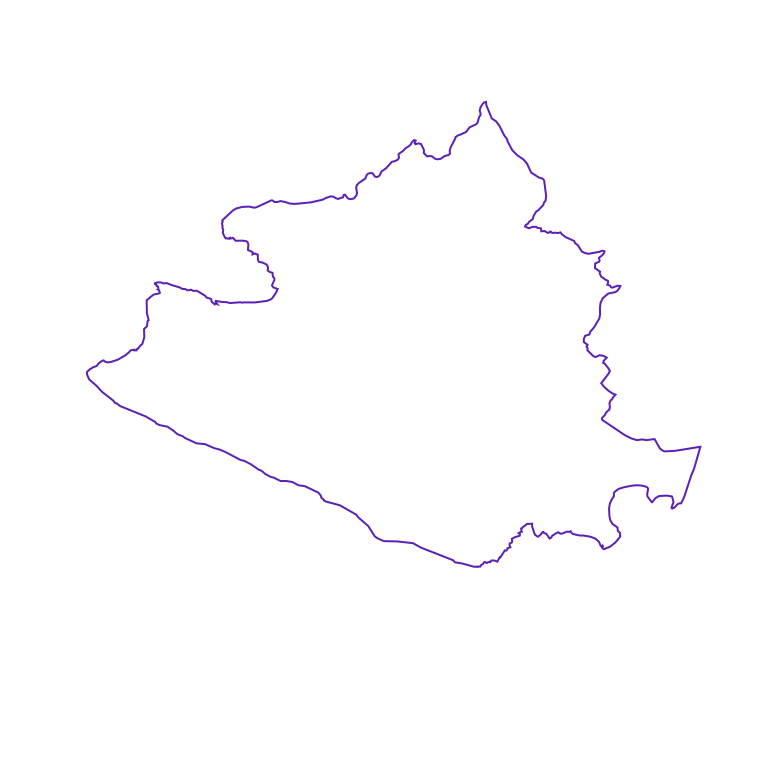 outline of Mahajanga II, Boeny, Madagascar, rotated 250°
{"feature_id": "10022922B51504984909978", "entity_name": "Mahajanga II", "entity_type": "district", "adm_level": 2, "iso_a3": "MDG", "parent_name": "Madagascar", "parent_adm1": "Boeny", "projection": "equal_earth", "projection_center": [46.72, -15.594], "detail": "fine", "context": "isolated", "style": "outline", "palette": "violet", "viewbox_px": 768, "rotation_deg": 250, "n_neighbors": 0, "source": "geoboundaries", "source_scale": "gbopen_adm2", "svg_char_len": 6166}
<svg xmlns="http://www.w3.org/2000/svg" viewBox="0 0 768 768"><g transform="rotate(250 384 384)"><path d="M187.8,476.4L188.8,479.5L190.5,482.1L190.4,483.2L189.2,483.4L187.8,485.3L182.2,486.8L182.3,488.3L183.9,490.3L185.1,496.0L184.9,497.3L183.9,497.7L182.5,499.6L182.7,505.2L181.7,507.8L181.8,508.9L181.1,508.7L178.4,510.3L174.6,516.2L173.4,519.5L170.2,525.3L166.5,529.7L162.3,532.0L157.9,532.3L157.2,532.8L157.5,534.1L156.5,534.1L156.2,533.0L155.7,532.9L153.6,533.9L153.8,540.8L156.0,547.3L159.7,553.6L163.2,554.9L166.1,553.5L169.4,554.3L174.6,550.7L179.2,550.1L183.0,550.7L190.3,553.0L194.4,555.4L197.2,558.0L200.0,561.7L202.7,562.6L203.9,564.2L205.2,568.7L204.9,574.0L203.8,581.6L202.5,586.7L200.7,590.9L197.7,595.4L196.6,596.2L195.0,596.3L190.7,593.7L188.3,593.1L181.4,595.1L181.2,595.7L183.9,599.9L184.6,604.3L182.3,611.8L179.8,616.2L174.1,615.7L169.4,611.8L168.3,612.3L168.6,614.8L170.7,618.9L170.8,621.0L170.2,622.4L175.1,627.4L193.1,641.5L198.2,646.3L216.8,659.8L221.7,634.5L224.7,624.6L226.4,622.8L229.2,621.2L239.7,619.4L241.5,611.4L243.6,607.7L244.8,602.4L248.1,598.0L253.6,592.8L275.5,576.9L276.9,576.9L277.8,577.7L279.2,580.9L281.3,583.0L282.9,587.0L285.1,588.4L288.6,589.2L291.0,591.2L291.7,593.2L293.0,594.5L294.8,597.9L296.8,595.6L300.9,592.6L306.2,589.8L310.4,588.4L316.7,598.2L318.9,600.7L322.6,600.1L328.1,598.1L328.9,597.2L330.6,598.3L332.6,602.3L335.6,599.7L337.3,596.3L337.0,592.0L338.4,590.3L346.2,586.7L348.3,587.6L349.8,587.1L351.2,588.7L355.0,586.1L358.1,587.3L360.5,589.5L360.3,594.0L362.4,595.5L365.6,601.1L372.0,608.8L375.4,610.8L382.0,613.1L386.3,615.3L389.8,618.9L392.3,625.6L391.2,633.0L391.7,635.0L393.3,637.6L395.3,639.6L396.4,637.3L396.5,631.4L397.3,630.4L399.0,630.2L400.9,627.8L402.7,629.3L404.5,629.7L406.3,627.7L410.8,624.8L414.3,624.5L415.6,625.5L420.8,621.9L425.0,623.7L425.3,627.9L426.1,628.8L429.1,629.2L430.2,632.8L431.9,635.8L433.4,636.6L434.5,634.9L434.6,631.3L436.4,620.7L438.8,617.0L441.1,615.1L448.2,613.6L450.9,611.8L453.4,611.6L460.0,604.8L464.0,602.3L466.1,601.7L466.4,599.0L467.8,596.2L468.1,594.5L469.1,593.0L470.1,592.9L470.4,592.0L469.8,590.7L470.1,589.5L472.9,587.1L473.7,584.0L476.5,584.7L478.3,581.6L479.6,580.8L480.9,577.2L480.7,573.6L483.7,570.4L485.0,571.6L485.2,573.6L486.8,575.9L488.0,580.1L490.7,582.0L494.2,586.3L494.4,588.2L497.9,595.1L499.6,596.2L501.1,598.6L505.3,600.7L520.5,604.1L522.6,603.4L525.0,600.2L532.4,594.6L541.9,593.8L547.2,591.9L553.6,587.3L559.9,584.5L569.7,583.1L571.9,583.4L576.7,582.0L587.6,580.7L592.4,579.2L596.7,576.1L611.0,575.5L614.2,576.3L614.4,574.6L613.6,572.7L611.1,569.4L608.1,567.4L605.2,567.3L603.5,566.5L602.5,564.8L597.5,561.2L596.6,559.5L595.9,552.2L592.8,547.4L592.2,540.9L592.4,539.0L591.5,535.6L590.5,535.1L583.5,527.5L580.7,525.5L577.9,524.8L577.1,523.0L577.5,519.1L576.2,514.1L576.9,511.0L578.1,509.2L581.7,506.8L582.7,504.5L583.1,502.4L587.4,500.4L590.2,501.6L596.8,500.9L598.3,498.8L598.6,495.6L599.7,495.1L601.9,497.0L602.9,495.7L601.4,492.4L600.1,491.3L599.1,489.1L598.1,484.7L596.7,482.1L595.2,476.8L594.7,476.1L591.5,475.5L590.2,473.9L589.7,470.7L590.1,467.4L586.1,459.9L584.5,454.2L581.5,451.2L581.0,450.0L580.9,448.1L582.0,446.4L585.8,445.4L586.9,443.7L587.1,441.2L586.5,439.4L583.4,436.6L581.6,429.3L580.1,426.4L578.1,425.0L572.7,424.0L570.4,422.3L568.6,419.0L569.3,415.3L570.7,413.6L575.3,412.1L575.4,410.8L573.5,409.4L573.6,404.2L575.2,402.1L577.2,400.7L578.5,398.2L578.7,393.4L578.2,389.2L579.8,376.9L583.7,361.8L585.9,357.0L588.7,353.6L591.3,349.3L591.5,346.0L592.5,343.3L594.5,342.2L595.1,340.9L593.7,324.7L594.1,322.2L596.9,317.8L598.9,311.2L599.5,304.9L598.6,301.0L593.1,288.0L591.7,288.0L590.1,286.5L587.8,286.4L586.0,285.5L584.1,285.7L581.1,284.2L577.5,284.5L575.0,285.0L574.9,285.8L573.9,287.1L574.0,288.7L573.5,288.3L573.2,288.8L573.0,292.0L569.3,293.6L567.2,299.8L565.2,303.6L564.0,304.3L561.5,304.3L556.4,302.0L553.1,305.5L552.2,305.7L550.8,304.8L550.7,307.4L548.7,309.6L543.8,308.0L541.7,308.1L539.6,311.4L536.5,314.5L533.2,315.0L530.5,313.5L528.4,314.9L526.6,317.3L523.0,316.3L520.8,317.1L519.4,316.7L515.1,312.5L514.5,312.5L512.5,313.2L509.6,316.6L506.7,313.7L503.0,308.6L502.3,307.1L502.1,302.5L504.8,290.5L508.7,280.0L509.0,278.3L509.9,277.1L512.7,267.1L515.0,263.6L516.2,260.3L519.6,254.4L519.1,253.8L516.2,254.6L517.3,253.4L516.7,252.2L520.0,250.3L523.0,250.6L526.1,246.7L528.1,246.1L535.6,240.1L536.9,236.4L538.7,234.8L538.7,232.9L539.6,230.9L541.0,230.0L542.2,227.2L544.8,224.8L549.6,218.3L553.1,214.4L554.0,211.0L555.7,209.3L556.9,206.1L557.1,203.3L556.4,202.9L554.8,204.1L553.7,203.9L552.8,205.0L550.4,204.5L550.2,203.7L549.0,204.6L546.3,204.6L546.1,203.0L546.8,197.8L543.8,189.6L531.6,185.4L524.5,184.7L524.0,183.4L519.3,181.0L517.7,177.3L509.8,174.7L504.2,170.5L503.6,168.5L501.4,165.0L501.3,163.4L500.3,163.0L500.9,160.9L501.7,160.9L502.3,157.4L501.1,155.4L499.4,150.6L497.9,142.2L498.1,134.8L498.8,131.7L500.4,129.5L502.1,128.6L502.2,127.6L501.3,123.6L499.2,120.1L499.2,116.5L498.4,112.6L497.1,109.3L495.0,108.2L489.2,108.5L480.7,113.2L473.2,116.3L461.0,123.9L458.1,124.8L457.0,126.3L453.4,128.6L435.2,148.8L426.5,156.1L424.8,156.5L422.1,159.1L418.0,165.9L412.1,170.2L407.6,172.6L403.5,177.2L401.6,178.3L392.4,187.5L388.8,195.1L381.7,202.6L378.8,206.9L375.1,211.0L361.7,223.1L359.6,226.4L354.3,231.3L346.6,236.8L344.0,239.5L340.1,241.6L335.5,245.7L333.7,248.4L328.3,253.5L326.4,258.7L323.3,264.3L318.1,269.0L315.2,274.5L304.5,285.1L301.0,286.4L298.5,286.3L296.2,287.7L295.1,287.7L293.4,289.2L285.1,301.1L270.6,313.3L267.5,314.2L255.9,320.6L244.1,323.2L241.6,324.8L237.3,329.1L236.0,331.1L231.4,342.9L224.5,356.8L217.4,363.0L194.8,388.6L192.1,389.8L188.8,395.8L181.5,406.1L180.2,409.3L180.5,409.3L179.5,412.1L180.6,413.3L181.1,415.7L182.2,416.9L182.2,418.0L180.7,419.4L180.9,422.3L180.3,422.8L181.4,424.8L180.3,427.5L178.3,429.8L181.6,433.4L181.2,434.0L186.3,440.6L185.6,441.9L186.2,443.1L187.4,443.9L187.3,446.9L189.8,446.8L191.2,447.7L191.3,449.8L192.0,450.5L194.8,451.2L195.3,455.2L195.0,459.7L196.4,460.4L197.8,459.5L198.3,461.9L198.0,462.9L201.3,463.4L201.3,464.6L202.3,465.7L202.4,467.2L203.6,470.3L202.1,475.4L199.9,474.5L192.4,474.2L190.2,474.6L187.8,476.4Z" fill="none" stroke="#5b21b6" stroke-width="2"/></g></svg>